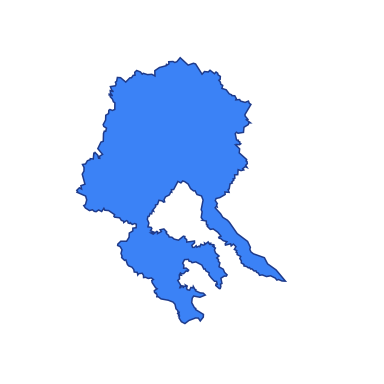 the district of Valparaíso, Zacatecas, Mexico, rotated 306°
{"feature_id": "50627088B82719227645546", "entity_name": "Valparaíso", "entity_type": "district", "adm_level": 2, "iso_a3": "MEX", "parent_name": "Mexico", "parent_adm1": "Zacatecas", "projection": "equal_earth", "projection_center": [-103.872, 22.665], "detail": "fine", "context": "isolated", "style": "filled", "palette": "blue", "viewbox_px": 384, "rotation_deg": 306, "n_neighbors": 0, "source": "geoboundaries", "source_scale": "gbopen_adm2", "svg_char_len": 6012}
<svg xmlns="http://www.w3.org/2000/svg" viewBox="0 0 384 384"><g transform="rotate(306 192 192)"><path d="M82.5,255.5L80.8,259.7L81.4,263.6L86.2,265.0L92.3,269.0L93.7,271.3L92.5,274.5L97.4,274.7L99.7,273.2L99.0,264.0L100.0,263.5L99.8,262.0L102.3,256.8L106.2,254.6L108.8,254.5L111.5,260.3L116.4,263.3L116.8,260.6L115.2,257.9L114.2,253.0L115.2,252.5L114.8,251.9L116.4,248.5L115.0,249.1L114.1,247.2L111.1,247.8L110.2,245.6L111.0,244.1L113.1,243.4L112.9,241.7L112.7,242.1L112.1,242.5L110.7,240.2L109.3,241.6L110.4,239.4L110.0,238.7L108.0,239.1L107.4,238.4L109.9,237.7L112.1,232.4L114.4,233.0L117.3,230.6L118.2,232.0L118.5,230.4L119.7,230.2L119.8,231.9L121.1,233.2L124.7,233.7L125.3,235.2L126.8,235.2L127.0,232.0L125.4,230.0L128.1,228.4L128.9,226.3L132.9,225.7L135.4,228.7L134.3,230.3L135.2,232.0L134.8,233.6L137.7,236.2L138.7,242.9L136.6,246.9L137.5,247.8L136.4,249.5L136.7,253.4L134.9,254.3L133.8,258.2L133.0,262.7L134.1,264.4L132.3,266.6L131.6,265.5L130.3,266.2L129.9,270.9L130.5,271.6L132.5,270.9L134.1,269.2L135.6,270.0L139.2,266.1L142.9,267.5L144.1,269.2L145.6,269.1L146.1,265.6L147.9,262.7L147.4,257.8L151.1,256.2L151.4,254.1L153.0,253.1L153.2,250.8L156.1,251.5L156.5,246.9L158.3,244.2L160.4,243.9L160.3,242.1L161.3,241.8L160.5,240.7L162.1,240.5L160.1,237.2L161.4,237.2L160.4,235.5L161.1,234.4L158.1,233.6L158.1,232.1L156.9,233.2L155.6,232.3L155.0,229.9L152.3,230.5L152.3,229.5L150.2,228.4L151.0,226.9L148.6,226.5L147.5,225.0L148.8,223.2L152.4,223.9L153.8,222.8L148.4,217.2L150.4,215.6L150.5,213.2L151.8,212.4L151.2,211.0L145.1,209.4L143.4,205.3L143.6,202.4L142.2,199.9L143.2,198.5L143.3,196.2L143.8,195.0L144.8,195.1L145.6,191.0L142.7,188.4L142.0,190.5L138.1,188.6L139.6,187.6L139.5,186.7L135.1,185.4L134.7,182.7L137.2,185.0L136.3,181.2L138.8,181.0L139.4,179.9L137.9,176.8L141.5,175.4L143.6,171.9L146.3,170.7L147.1,171.6L150.1,170.7L150.6,172.2L153.5,170.9L153.9,172.3L154.7,170.9L158.8,171.2L160.0,170.1L161.7,171.4L165.9,170.1L167.2,173.1L167.1,175.0L168.0,175.7L169.4,173.9L172.5,173.4L176.4,175.4L179.5,174.8L179.9,175.8L181.8,174.0L183.2,175.7L192.3,174.4L192.8,177.7L195.5,178.0L196.1,180.0L196.2,184.2L193.9,188.9L193.8,192.6L194.8,193.7L192.9,197.5L194.4,202.0L192.0,205.7L183.1,209.8L182.0,211.8L176.8,214.4L175.8,217.3L175.2,217.0L176.9,220.6L174.1,222.9L174.5,224.2L173.2,224.5L172.5,228.8L174.6,230.9L174.6,236.6L173.3,241.4L171.1,240.2L170.5,241.2L171.2,242.4L171.0,246.0L172.3,249.5L169.6,249.3L168.7,250.3L172.8,253.7L171.4,255.4L174.2,256.1L174.0,257.6L173.6,259.7L170.4,260.0L170.9,262.6L169.2,263.1L169.4,264.3L167.9,265.3L168.5,269.3L166.2,269.8L165.4,272.3L163.6,273.5L163.9,276.6L162.7,277.5L163.8,280.0L163.7,282.1L164.7,282.9L164.1,284.6L165.0,285.5L164.6,288.7L165.8,290.1L165.0,291.4L165.4,293.4L164.3,295.6L166.2,297.5L167.4,302.0L170.4,304.8L171.3,309.9L170.6,312.4L172.1,313.5L172.9,317.1L174.8,320.0L178.4,305.8L178.3,295.4L181.4,289.2L178.1,278.0L178.2,274.8L179.7,272.4L181.5,271.8L184.7,266.0L184.9,253.0L189.4,240.1L190.0,237.2L189.6,231.7L191.2,227.9L192.8,220.0L194.5,220.1L194.7,221.1L195.9,219.5L197.5,219.3L198.7,215.9L200.9,215.3L203.8,217.8L209.5,220.3L211.3,218.6L213.5,222.2L215.3,219.8L216.3,220.3L220.9,218.0L222.9,219.3L223.4,218.3L226.3,218.8L226.7,217.6L228.3,218.6L230.9,216.4L232.9,218.8L237.2,216.2L238.1,219.1L240.3,220.9L240.6,219.3L243.8,220.2L244.2,222.1L245.2,219.7L247.4,220.1L249.0,218.6L248.9,217.5L250.4,217.1L251.4,207.2L254.9,205.2L255.7,199.8L256.5,201.1L256.1,199.2L258.2,202.7L259.6,203.1L259.4,202.1L260.6,201.3L260.2,199.7L261.1,199.1L260.3,197.4L264.6,192.7L266.5,192.8L266.6,194.7L270.5,198.6L274.9,196.0L279.6,197.9L281.3,197.3L282.3,198.6L282.4,193.7L283.6,194.5L284.7,190.3L285.8,189.3L297.5,188.2L297.4,186.3L298.7,184.2L295.7,182.3L294.1,177.8L294.8,176.2L292.3,173.3L293.6,173.0L295.0,170.0L293.4,167.6L293.9,166.9L293.3,164.4L294.8,159.6L293.4,155.3L296.3,154.2L296.1,151.9L297.6,150.3L298.2,148.0L299.6,148.6L302.2,147.0L302.1,144.3L303.2,142.9L303.2,140.9L300.9,140.6L301.1,135.0L298.7,134.6L296.8,131.3L293.2,130.9L297.7,119.6L297.0,117.5L292.4,114.3L293.7,103.5L288.6,103.2L286.7,102.0L286.4,99.9L283.7,96.6L282.1,98.0L279.8,97.1L280.0,96.4L278.9,96.8L273.6,92.5L268.3,90.6L264.1,93.8L263.6,90.3L260.8,87.0L259.4,82.8L258.1,82.4L258.8,79.7L257.8,75.8L255.2,75.3L253.0,77.2L251.8,75.8L248.9,75.9L247.8,74.6L242.0,73.8L242.5,67.0L240.8,64.3L237.4,65.9L235.8,65.5L234.7,67.2L232.9,67.6L229.3,64.0L227.3,67.0L227.0,69.5L225.9,66.3L224.2,67.8L223.0,71.3L222.5,67.5L221.8,67.9L222.5,69.1L221.0,69.8L220.3,73.2L218.8,75.3L218.8,77.2L213.4,81.0L211.2,79.7L210.5,77.1L209.2,76.7L206.4,78.4L203.4,77.1L199.4,79.8L194.3,80.5L193.2,82.1L193.4,85.3L190.4,86.5L189.7,85.3L187.3,86.0L180.9,90.4L178.8,89.0L171.7,90.3L169.9,97.5L166.4,96.1L165.0,97.6L164.4,96.6L166.3,94.3L167.0,90.3L165.3,90.3L166.3,89.4L160.7,92.7L159.2,90.1L158.3,90.6L155.8,89.0L152.1,89.4L149.9,87.2L148.4,90.2L145.4,92.3L141.9,92.7L135.4,100.8L131.8,98.4L129.5,100.9L129.2,98.4L125.6,97.8L125.2,99.1L124.2,99.1L126.2,108.3L123.7,111.5L119.1,113.2L117.4,112.4L116.4,115.2L116.7,120.0L119.1,121.9L118.9,124.3L119.7,126.0L122.6,127.0L123.1,130.4L127.0,130.3L126.0,132.2L128.0,135.5L128.2,142.7L126.4,143.1L126.2,144.2L128.6,148.7L127.5,151.5L128.2,153.9L127.2,154.7L130.3,155.8L130.5,157.1L129.4,158.6L130.0,160.3L130.9,160.2L130.6,162.7L132.8,164.1L133.2,165.9L130.3,167.8L128.0,165.4L125.7,167.0L121.9,165.4L118.4,167.7L113.7,168.0L110.3,163.3L106.2,162.6L105.0,163.3L105.6,165.9L104.1,169.3L100.5,170.7L99.1,173.0L97.6,173.6L97.0,177.6L98.2,178.4L95.4,182.4L95.0,184.2L95.9,187.6L95.1,190.4L93.3,192.3L94.8,194.9L93.0,196.9L94.6,196.9L97.0,199.5L96.1,201.7L94.3,203.1L95.7,204.6L96.3,207.4L98.6,209.6L98.5,212.2L96.7,211.5L95.3,213.0L93.1,218.9L93.2,220.7L90.0,219.5L88.9,220.5L88.5,222.2L89.1,222.5L88.4,223.9L87.0,225.2L86.1,224.7L87.4,226.1L87.3,229.8L90.5,236.4L91.8,241.3L91.2,244.2L88.1,247.7L87.7,250.2L86.8,251.0L87.2,252.3L85.4,252.8L85.4,251.8L85.2,251.8L85.1,253.8L83.9,253.9L84.2,254.8L82.5,255.5Z" fill="#3b82f6" stroke="#1e3a8a" stroke-width="1.5"/></g></svg>